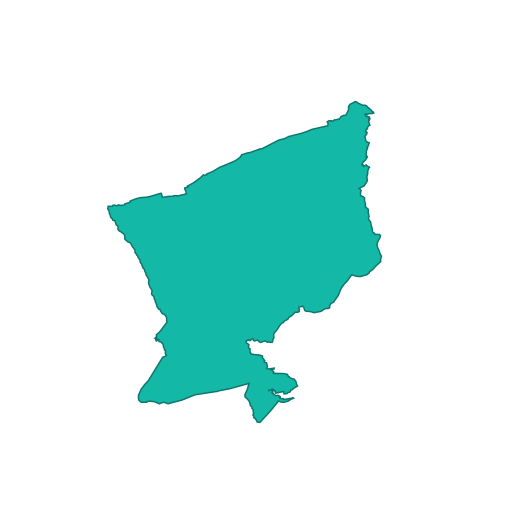 the district of Hurezani, Gorj, Romania, rotated 140°
{"feature_id": "2599482B54344655649638", "entity_name": "Hurezani", "entity_type": "district", "adm_level": 2, "iso_a3": "ROU", "parent_name": "Romania", "parent_adm1": "Gorj", "projection": "robinson", "projection_center": [23.638, 44.803], "detail": "fine", "context": "isolated", "style": "filled", "palette": "teal", "viewbox_px": 512, "rotation_deg": 140, "n_neighbors": 0, "source": "geoboundaries", "source_scale": "gbopen_adm2", "svg_char_len": 6117}
<svg xmlns="http://www.w3.org/2000/svg" viewBox="0 0 512 512"><g transform="rotate(140 256 256)"><path d="M337.3,389.1L339.2,387.5L339.9,384.2L341.1,382.6L341.5,380.7L342.3,379.4L342.5,378.2L342.1,377.3L342.6,375.3L341.4,373.7L343.1,369.7L342.6,367.7L342.7,367.2L344.7,365.1L344.6,362.6L344.1,362.0L343.1,357.8L343.8,355.3L344.9,354.3L345.7,353.0L345.0,349.0L344.2,347.8L343.8,346.2L344.5,343.9L344.9,338.6L345.6,337.2L346.5,336.4L346.4,334.5L346.8,333.5L346.6,332.4L347.2,330.6L347.4,328.7L347.3,327.4L348.4,326.3L348.9,324.1L348.7,322.9L349.6,321.9L349.6,321.1L350.4,319.5L350.0,318.8L350.3,317.2L351.2,315.1L351.2,314.0L352.3,312.2L353.2,306.8L355.5,304.6L356.5,302.5L357.2,300.3L357.8,296.4L360.3,294.1L360.7,293.3L360.3,290.8L361.7,287.9L361.6,286.8L362.5,285.7L363.0,283.8L364.4,280.9L364.7,277.9L363.8,277.0L364.5,275.4L364.8,271.8L364.0,270.9L363.6,268.6L363.9,267.0L364.8,265.1L365.7,264.4L366.7,262.5L378.6,259.8L383.1,259.6L383.8,258.2L385.3,258.1L384.9,257.0L385.3,256.8L386.0,257.3L385.7,256.5L386.7,256.4L387.0,255.1L386.4,254.7L385.0,255.6L384.2,254.5L384.9,253.9L385.2,252.6L384.4,251.7L383.8,250.2L384.1,249.6L383.9,248.7L384.1,247.6L385.1,246.3L385.8,244.0L386.4,242.9L386.0,242.5L386.0,242.2L386.5,241.8L386.7,240.9L388.0,239.9L388.4,239.0L388.4,237.4L390.3,237.6L392.6,238.4L418.7,229.7L422.9,229.2L429.3,227.9L435.4,225.0L437.4,222.7L438.4,220.9L438.1,218.2L437.8,217.6L433.7,214.2L432.5,214.3L430.5,213.0L427.3,209.4L425.0,204.8L422.9,204.3L420.5,203.1L418.4,199.4L405.5,193.3L391.9,188.9L372.2,176.9L371.6,176.9L361.2,171.1L343.3,162.9L348.2,159.5L353.9,156.7L355.0,154.9L354.5,151.7L354.6,149.5L355.0,147.5L356.3,145.5L356.4,144.3L356.1,143.1L357.0,142.0L356.9,139.7L358.0,138.9L358.5,137.7L360.6,136.0L360.7,134.5L361.1,133.8L361.6,133.6L361.0,131.5L361.8,128.1L360.0,126.0L344.5,128.0L332.6,130.3L333.2,131.0L331.8,130.2L330.5,127.7L328.1,125.6L326.7,125.4L326.2,124.8L324.9,124.2L321.4,123.8L318.6,122.9L318.7,123.7L321.0,124.6L326.5,128.0L327.0,128.6L326.8,129.0L329.2,131.6L329.0,132.4L328.5,132.1L327.9,132.6L328.3,133.8L328.2,134.4L329.0,135.4L329.9,135.7L331.0,137.0L331.4,139.2L330.9,139.6L331.4,139.8L331.7,140.5L331.3,141.1L331.3,141.5L330.2,141.6L330.0,143.4L331.2,144.3L333.4,144.6L332.3,145.0L328.4,143.0L328.9,141.4L327.9,140.3L328.4,139.7L328.4,139.0L329.1,138.3L322.2,134.6L321.9,134.0L322.7,133.4L323.1,132.4L322.3,131.6L320.7,130.7L319.5,131.0L317.8,130.0L316.6,130.2L316.4,130.7L315.6,130.9L314.8,130.4L311.9,130.4L307.8,129.7L307.7,130.7L306.0,134.5L306.1,135.2L305.8,137.0L307.5,139.4L308.2,141.0L308.1,141.9L308.5,142.4L308.6,143.2L308.2,144.2L308.2,145.6L308.7,145.8L309.7,147.5L318.1,155.0L316.8,156.0L317.5,158.9L314.7,157.9L314.1,158.4L319.6,161.8L320.0,162.6L319.8,163.1L318.4,163.9L316.6,167.3L316.6,167.6L317.9,168.8L317.5,170.1L316.6,170.1L316.4,174.1L315.3,175.2L317.4,178.6L317.9,178.7L322.9,184.1L322.4,184.9L322.5,186.0L320.2,188.8L320.6,189.5L320.7,190.6L318.4,192.8L319.2,195.5L318.8,196.6L317.9,197.1L316.5,196.7L315.9,196.9L315.8,196.3L314.6,195.8L314.9,195.1L312.1,194.9L311.7,194.7L311.5,193.9L312.1,193.2L312.0,192.2L311.1,191.5L309.2,190.8L308.5,189.5L308.7,188.3L308.2,187.0L303.5,185.1L302.7,182.6L301.3,181.9L300.7,180.8L299.2,179.5L297.8,180.1L296.6,181.2L294.9,181.8L292.6,184.9L286.5,186.2L282.6,187.5L280.1,187.9L278.7,187.9L278.0,187.5L276.3,187.9L272.3,187.1L269.7,187.9L267.4,187.3L262.1,187.7L259.9,185.9L258.7,185.8L258.4,185.8L257.9,186.8L257.3,186.9L256.2,189.4L252.4,187.5L252.6,185.4L253.7,183.2L253.5,182.3L252.8,181.1L251.2,179.7L249.1,177.2L248.3,175.5L242.6,172.2L241.1,171.7L238.0,171.5L235.6,170.5L234.7,169.5L232.8,169.0L231.8,170.3L230.0,171.3L228.8,171.4L226.4,170.8L218.3,172.9L211.9,176.3L209.0,177.2L205.6,177.9L202.2,178.2L194.7,180.1L192.4,176.3L189.5,173.3L183.2,170.4L180.1,170.3L179.8,170.9L175.0,170.6L171.3,171.2L163.9,171.6L163.1,173.1L160.0,175.2L159.5,178.4L158.5,180.1L157.5,184.2L156.0,187.0L154.3,188.3L148.8,190.6L147.6,191.5L147.5,192.6L147.8,193.4L150.7,195.8L150.9,196.4L150.7,197.6L151.3,198.3L151.2,199.6L148.7,203.6L148.3,205.0L146.3,208.4L146.2,211.3L145.8,212.3L145.0,213.2L144.0,213.5L142.2,217.0L140.0,219.6L140.0,220.5L140.7,222.9L140.1,223.6L139.7,224.7L138.5,225.6L137.7,228.1L135.6,230.6L135.7,232.6L136.8,234.3L136.8,235.6L135.0,237.5L133.4,238.6L133.3,240.3L133.7,241.5L128.0,240.2L122.4,242.0L120.2,245.4L118.4,246.6L118.0,247.3L117.4,247.3L116.0,249.1L113.6,250.6L112.0,251.0L112.0,251.4L113.0,253.2L113.0,254.9L116.1,255.6L115.5,256.9L116.2,257.4L116.0,258.1L112.9,259.1L110.8,259.1L107.3,260.2L106.9,260.7L107.8,261.3L106.4,262.6L105.5,264.0L104.0,265.4L103.0,266.1L101.7,266.5L100.9,268.0L100.2,267.7L96.5,269.9L97.9,272.7L97.5,274.4L97.0,275.0L95.9,277.5L92.8,278.3L92.6,278.8L91.7,278.9L91.6,279.7L92.2,280.6L91.4,280.8L91.3,281.7L90.8,282.1L88.8,281.8L88.4,282.6L85.9,283.5L84.8,282.9L83.5,286.2L82.2,287.9L81.5,288.4L81.6,287.4L80.4,288.0L79.9,290.1L81.4,291.1L82.0,292.1L81.2,294.6L80.6,294.4L80.7,293.2L80.1,292.6L79.4,292.9L78.8,292.7L77.2,291.9L75.3,290.4L73.9,289.8L73.8,290.1L73.6,291.0L74.2,291.9L73.9,293.4L74.8,298.0L74.8,300.1L75.5,301.4L77.2,302.7L79.4,307.2L80.0,309.5L80.9,310.7L83.1,310.9L86.0,311.7L87.9,311.5L89.6,310.6L90.1,309.4L91.3,308.4L96.5,306.1L97.6,306.6L98.2,307.3L101.2,308.1L104.3,307.3L105.0,308.0L107.9,309.3L108.4,309.9L110.7,309.9L111.2,311.1L113.4,312.8L115.3,313.0L115.5,311.3L117.3,309.6L131.6,317.0L137.9,319.0L142.9,321.0L153.9,326.4L158.8,327.6L163.9,330.1L182.2,334.3L183.7,335.0L184.5,335.8L185.2,335.8L194.1,339.1L196.6,340.6L200.6,342.1L201.7,342.8L204.4,341.9L209.2,342.1L211.9,342.6L227.3,347.4L234.6,348.5L241.2,350.5L241.5,350.1L243.6,350.8L244.1,352.0L247.9,351.7L253.0,351.9L257.7,352.4L263.5,353.6L263.6,352.6L266.9,353.9L267.4,353.2L268.5,349.9L269.4,348.4L276.6,351.9L279.9,354.8L280.6,355.2L281.3,355.1L284.6,357.9L289.8,360.9L289.8,361.5L288.3,364.8L288.7,365.3L298.3,369.4L301.9,371.3L307.3,375.2L311.0,376.9L317.1,379.0L318.2,378.2L322.9,380.2L323.8,379.8L324.6,379.9L327.9,382.4L328.2,383.5L329.8,383.7L330.6,384.3L331.8,386.1L333.4,386.9L334.3,386.5L337.3,389.1Z" fill="#14b8a6" stroke="#0f766e" stroke-width="1.5"/></g></svg>